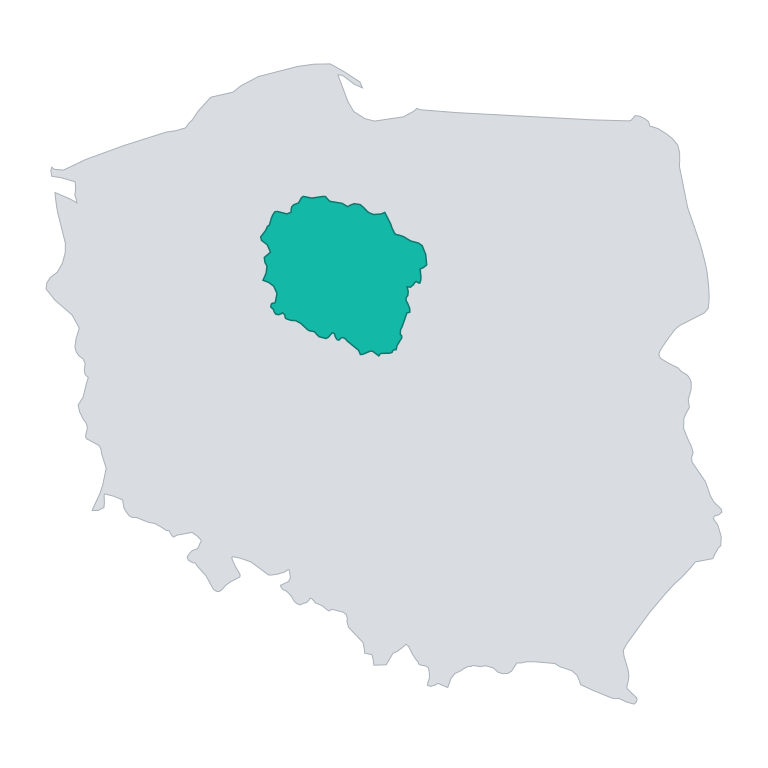 Kuyavian-Pomeranian highlighted on a map of Poland
{"feature_id": "POL-3145", "entity_name": "Kuyavian-Pomeranian", "entity_type": "Voivodeship", "adm_level": 1, "iso_a3": "POL", "parent_name": "Poland", "parent_adm1": "", "projection": "mercator", "projection_center": [18.543, 52.987], "detail": "fine", "context": "in_parent", "style": "filled", "palette": "teal", "viewbox_px": 768, "rotation_deg": 0, "n_neighbors": 0, "source": "natural_earth", "source_scale": "10m", "svg_char_len": 5484}
<svg xmlns="http://www.w3.org/2000/svg" viewBox="0 0 768 768"><path d="M688.0,439.4L691.6,446.9L693.1,452.8L691.6,457.4L692.0,462.0L705.5,481.8L710.6,496.3L713.8,501.9L721.2,509.1L721.9,512.1L718.9,514.8L714.6,515.9L713.3,518.5L717.9,525.2L721.2,536.5L720.8,545.7L718.3,548.1L715.1,553.6L712.9,558.6L695.2,562.0L691.0,567.4L681.3,577.7L674.7,583.6L664.9,594.3L649.5,612.6L627.1,643.3L623.3,650.3L624.0,656.1L628.0,669.6L628.9,675.7L628.2,681.3L626.9,686.3L627.1,688.6L636.7,697.9L637.0,699.8L636.2,702.2L634.1,704.1L626.8,702.1L618.6,698.3L615.8,698.7L611.3,697.9L593.0,690.4L580.6,684.6L579.4,680.8L577.1,675.3L571.8,670.7L559.8,666.7L554.9,663.5L535.3,661.8L526.8,661.7L520.8,663.0L516.9,662.9L511.6,671.1L508.0,673.4L502.6,673.7L498.0,672.2L493.2,667.9L485.5,665.7L480.0,666.7L475.9,665.8L472.4,665.6L471.2,666.5L468.4,666.3L464.3,668.4L459.8,671.3L454.9,673.5L451.1,678.2L447.7,687.5L438.1,683.4L434.9,685.2L430.4,686.4L427.3,685.1L428.0,681.9L429.4,678.3L429.4,673.3L428.5,667.7L425.5,665.9L421.1,665.2L418.8,664.1L418.5,662.3L416.2,659.9L412.3,653.9L408.6,646.4L406.0,644.2L402.2,647.7L396.5,651.8L393.0,653.2L386.2,664.8L373.9,665.2L373.2,659.8L371.9,654.6L364.7,653.2L364.5,650.2L363.0,642.5L348.6,627.4L346.9,621.1L347.4,618.7L346.4,614.7L343.3,612.2L331.9,609.3L329.0,611.0L326.4,609.3L322.2,605.7L315.0,602.7L314.3,601.2L311.7,598.6L310.2,598.2L309.3,599.8L307.2,602.1L299.8,604.9L296.9,603.7L294.2,601.3L291.2,596.0L286.7,591.3L283.1,589.7L281.0,587.2L280.5,585.3L288.6,581.5L290.4,577.6L289.4,570.4L288.2,569.5L284.9,571.9L278.2,574.0L271.9,575.0L268.7,575.0L250.9,561.9L239.3,557.9L232.5,556.7L231.7,558.1L234.8,565.4L240.1,574.5L239.9,576.9L229.9,582.2L225.6,585.4L222.0,589.7L218.8,591.7L216.1,591.2L213.3,589.1L205.9,575.7L196.6,565.4L195.5,563.1L192.6,562.6L188.5,560.3L187.1,557.1L189.2,553.8L192.0,550.8L197.0,548.9L198.5,547.2L199.4,544.5L201.3,541.1L200.8,539.9L197.2,536.0L192.0,532.4L177.3,535.1L173.3,537.1L171.1,534.5L169.4,530.8L165.7,530.1L160.6,526.7L154.6,523.4L148.7,522.4L136.5,517.6L131.8,517.3L129.1,515.7L126.3,512.0L123.9,508.0L122.6,499.9L113.6,496.2L104.7,493.9L104.1,495.1L104.4,503.3L103.9,507.6L98.0,510.4L92.2,510.6L92.5,509.3L99.5,494.5L102.7,485.2L106.2,468.2L101.9,454.7L100.7,448.4L98.7,445.3L86.5,438.7L85.5,436.5L87.4,427.5L86.5,423.7L83.5,419.7L79.6,411.8L78.1,405.0L83.1,397.1L86.5,383.2L88.3,377.6L85.1,374.5L84.3,370.1L85.1,363.8L83.4,359.1L79.1,356.0L76.2,351.9L74.9,346.9L76.0,339.0L79.3,328.1L72.2,315.1L54.6,299.8L46.1,289.0L46.8,282.9L50.5,277.3L57.2,272.3L62.3,263.5L65.2,252.9L65.4,243.3L57.6,212.3L56.3,204.5L54.9,192.5L70.4,199.1L76.9,202.9L76.1,198.7L74.8,195.1L75.6,189.8L75.2,181.8L61.1,177.7L51.8,176.3L50.8,170.8L51.7,167.2L54.3,169.3L63.4,170.1L85.9,159.4L124.6,145.3L166.1,132.1L175.7,130.7L185.5,127.9L189.1,122.9L192.6,119.6L198.3,110.9L210.8,97.2L232.8,92.2L241.1,85.7L258.3,76.6L297.7,66.4L314.1,64.2L330.2,63.9L344.6,72.0L359.8,81.9L362.5,87.9L354.3,84.2L342.3,75.2L337.9,74.9L348.1,102.0L353.7,111.5L365.0,118.7L374.5,121.1L403.6,116.8L414.0,111.1L417.0,108.3L419.7,109.7L457.9,112.7L590.7,119.8L628.9,120.9L631.2,120.2L635.1,115.6L639.8,116.2L645.4,119.1L648.1,121.2L649.2,123.5L649.9,126.3L652.9,126.8L658.6,128.9L666.1,133.7L672.1,138.3L677.7,144.9L679.6,152.4L679.7,160.8L679.4,166.2L687.6,207.4L700.5,244.8L705.2,262.7L707.1,272.3L708.6,286.0L709.1,295.7L709.0,301.1L708.1,308.6L704.2,313.0L679.5,325.6L674.9,329.5L667.6,339.3L660.8,349.3L659.3,352.7L658.9,355.0L660.4,358.3L669.2,363.6L678.1,367.9L681.0,371.2L687.5,375.3L689.9,379.0L691.2,382.2L691.1,389.6L688.2,399.8L689.4,407.6L686.4,412.7L683.9,418.4L683.6,428.4L688.0,439.4Z" fill="#d9dde1" stroke="#a8b0b8" stroke-width="1"/><path d="M426.7,264.9L423.5,267.5L420.0,269.1L420.4,271.3L420.5,273.5L421.0,276.8L420.8,279.0L420.5,281.2L419.8,283.1L418.5,283.0L417.3,282.1L416.0,281.5L414.5,282.9L413.3,284.8L410.4,287.2L407.1,286.8L408.2,291.4L407.8,295.5L406.5,297.0L405.9,299.3L406.6,301.6L407.8,303.7L409.7,308.5L409.8,312.2L406.9,313.0L402.3,326.2L400.5,329.9L400.2,334.2L401.6,335.6L401.8,337.7L396.8,346.0L396.6,347.8L396.1,349.7L394.8,349.7L393.5,349.9L392.6,351.2L392.0,352.4L389.5,353.2L381.1,353.4L379.9,354.0L379.4,355.1L378.8,355.9L372.3,351.0L369.9,351.3L362.8,354.3L360.4,354.5L358.6,350.3L347.3,341.1L345.3,338.7L343.0,337.6L341.7,337.7L340.4,338.3L339.8,339.5L338.7,340.1L337.1,339.6L335.8,337.7L335.0,335.9L334.5,333.8L333.5,333.2L332.2,332.8L328.2,337.4L325.9,338.5L319.1,336.7L316.9,334.6L314.9,332.1L312.6,331.2L310.1,331.0L307.7,329.8L300.8,323.4L295.7,320.6L291.0,320.4L286.6,318.9L285.9,318.5L285.3,317.8L285.0,316.0L284.5,314.5L282.3,312.7L281.2,313.8L278.4,314.7L275.7,314.1L274.3,312.0L273.3,309.3L270.8,307.0L271.3,304.1L272.4,303.2L273.6,303.3L274.7,302.9L275.5,301.4L277.0,293.5L273.7,286.1L268.5,282.3L263.0,280.3L266.1,273.2L267.0,266.2L264.9,262.2L264.3,257.4L270.5,252.2L267.3,244.8L261.5,240.3L260.7,236.9L265.6,230.5L267.5,226.3L269.4,225.1L271.4,218.0L273.1,214.3L275.0,211.7L277.5,211.5L286.9,213.9L291.1,212.2L291.1,209.8L291.4,208.2L291.8,206.7L293.9,204.7L298.6,202.9L301.4,197.8L303.2,196.4L311.8,198.1L323.3,196.4L325.6,196.6L327.6,199.2L329.9,201.3L342.0,203.3L347.8,206.7L350.3,205.1L354.2,203.7L359.8,204.5L361.1,205.2L362.0,206.3L363.1,207.0L367.6,211.7L369.7,213.0L373.4,214.5L381.1,214.0L384.8,212.4L390.6,223.8L392.3,228.7L394.3,232.6L395.4,234.1L397.0,234.8L398.3,234.9L403.5,236.6L410.7,241.0L418.4,243.0L422.2,245.7L425.7,254.5L426.7,264.9Z" fill="#14b8a6" stroke="#0f766e" stroke-width="1.5"/></svg>